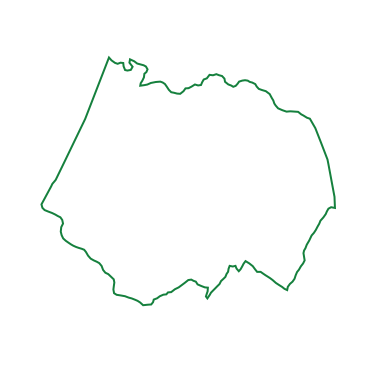 Itagibá, Bahia, Brazil (Albers equal-area conic projection), rotated 195°
{"feature_id": "56859067B58161696770023", "entity_name": "Itagibá", "entity_type": "district", "adm_level": 2, "iso_a3": "BRA", "parent_name": "Brazil", "parent_adm1": "Bahia", "projection": "albers", "projection_center": [-39.84, -14.244], "detail": "fine", "context": "isolated", "style": "outline", "palette": "green", "viewbox_px": 384, "rotation_deg": 195, "n_neighbors": 0, "source": "geoboundaries", "source_scale": "gbopen_adm2", "svg_char_len": 2904}
<svg xmlns="http://www.w3.org/2000/svg" viewBox="0 0 384 384"><g transform="rotate(195 192 192)"><path d="M108.4,131.7L105.0,132.6L101.7,131.4L99.4,130.6L97.1,129.9L94.3,129.0L91.3,127.8L87.5,125.9L83.9,124.7L80.3,123.6L77.6,122.4L74.7,121.9L74.9,125.2L73.6,128.6L71.7,131.4L70.5,134.7L70.3,138.4L69.8,141.9L68.6,144.6L67.6,148.4L66.2,151.7L65.5,155.1L67.2,158.9L68.5,161.8L68.6,164.5L67.9,167.0L67.5,170.8L66.2,175.5L65.2,181.0L63.7,184.0L62.6,187.3L61.7,191.3L60.9,194.2L60.5,197.5L58.5,201.5L57.1,205.3L56.7,208.1L55.9,211.2L53.7,213.3L49.8,213.6L53.1,224.2L67.3,253.9L69.5,258.4L80.1,273.0L89.4,285.6L92.2,288.4L97.1,293.3L100.2,293.5L104.1,294.7L106.7,295.3L110.2,296.9L114.3,296.1L117.9,295.4L121.5,294.1L125.9,294.4L130.5,295.1L133.6,297.2L135.4,298.8L137.2,301.5L139.4,303.6L142.3,306.7L146.8,308.5L150.7,308.6L154.2,308.9L156.8,310.6L158.8,312.6L162.1,313.3L164.7,313.3L167.0,314.0L169.7,313.7L172.3,312.6L175.1,310.8L176.0,308.3L177.3,305.8L179.4,304.3L181.7,305.0L184.8,305.3L188.6,307.0L190.0,309.9L193.0,311.8L196.0,311.8L199.0,312.1L201.9,310.2L205.4,309.7L207.1,305.6L209.8,303.7L210.6,300.6L211.0,297.7L213.7,296.5L217.0,296.6L219.7,293.7L222.2,291.4L225.1,290.4L226.3,287.2L228.8,283.8L231.9,283.2L235.0,283.2L237.9,283.0L240.8,284.7L243.6,287.2L246.1,289.3L248.7,290.2L251.2,290.4L255.4,288.9L259.9,286.7L263.0,284.2L265.9,282.8L269.5,281.3L269.7,283.8L268.8,286.6L268.1,290.3L268.6,293.9L267.1,296.0L266.7,299.0L269.0,301.3L271.5,301.9L275.1,301.9L278.2,301.9L281.6,303.3L286.2,304.1L285.9,300.7L281.8,297.6L282.7,294.1L285.8,292.6L288.2,292.5L290.6,295.7L291.8,298.8L294.5,298.4L297.0,296.6L299.8,296.8L303.8,298.3L307.0,300.4L314.1,234.9L323.0,188.1L326.8,168.4L329.0,163.7L329.5,160.9L334.2,141.1L332.4,138.0L329.7,136.4L325.8,135.9L321.7,135.5L318.1,134.8L315.6,134.1L312.6,133.5L310.1,131.4L308.4,128.1L309.2,124.2L308.5,119.7L306.7,116.5L304.4,113.8L301.3,112.2L298.0,111.0L295.4,110.1L292.8,109.4L289.7,108.9L287.0,108.7L283.7,108.6L281.2,108.3L278.9,106.6L275.9,103.6L272.6,101.4L269.1,100.5L266.0,100.0L263.2,99.3L260.2,97.2L257.7,93.7L254.8,91.6L251.6,91.0L248.3,89.2L245.0,87.4L243.6,84.5L243.2,81.2L242.7,77.5L241.1,74.1L238.2,73.2L234.4,73.6L229.8,74.0L225.8,73.6L222.7,73.6L219.2,73.2L216.5,72.8L213.6,71.9L209.9,70.0L205.8,71.6L202.3,72.8L201.1,75.5L201.1,78.2L198.2,80.3L196.1,83.0L193.1,85.4L190.3,86.5L189.2,88.8L186.2,89.9L183.3,93.7L180.2,96.4L177.9,99.3L175.6,102.2L172.8,106.0L170.0,107.2L167.6,106.6L165.1,106.4L162.7,104.2L158.7,103.6L154.9,103.2L151.9,103.7L151.2,100.1L151.4,97.4L151.5,94.7L149.6,93.2L148.3,97.0L147.6,99.7L145.8,102.9L144.6,105.0L143.2,107.5L141.6,110.2L140.9,113.5L139.2,116.2L137.8,118.6L137.4,121.8L136.5,124.3L136.8,127.3L136.5,130.4L133.3,130.6L130.9,131.9L129.2,129.6L126.3,127.6L125.1,129.9L124.3,132.9L123.6,136.1L122.4,139.1L118.3,137.9L114.1,136.1L111.0,133.6L108.4,131.7Z" fill="none" stroke="#15803d" stroke-width="2"/></g></svg>